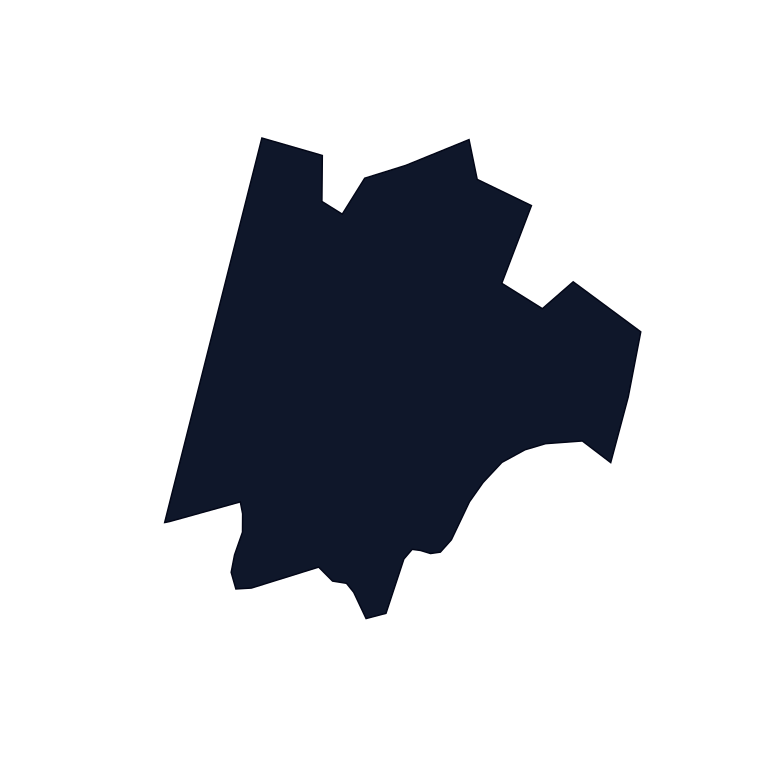 map outline of Vainodes (Equal Earth projection), rotated 122°
{"feature_id": "LVA-5713", "entity_name": "Vainodes", "entity_type": "Municipality", "adm_level": 1, "iso_a3": "LVA", "parent_name": "Latvia", "parent_adm1": "", "projection": "equal_earth", "projection_center": [21.86, 56.449], "detail": "fine", "context": "isolated", "style": "filled", "palette": "ink", "viewbox_px": 768, "rotation_deg": 122, "n_neighbors": 0, "source": "natural_earth", "source_scale": "10m", "svg_char_len": 711}
<svg xmlns="http://www.w3.org/2000/svg" viewBox="0 0 768 768"><g transform="rotate(122 384 384)"><path d="M590.4,505.4L240.1,617.9L222.9,557.4L262.1,533.4L262.1,509.4L219.7,509.4L187.1,481.4L131.7,441.4L161.1,413.4L154.6,353.5L236.2,337.5L236.2,289.6L197.1,277.7L203.7,193.9L265.6,170.0L330.5,150.1L327.2,185.6L349.0,215.4L365.1,229.6L388.0,242.5L415.1,247.8L438.6,249.1L480.4,244.3L496.7,247.1L503.1,254.7L505.8,264.8L509.3,272.5L521.9,274.4L577.4,260.8L592.4,274.9L576.7,299.3L572.9,310.2L578.4,323.2L573.9,342.4L627.3,388.3L636.3,401.0L624.7,413.8L608.1,420.2L584.6,425.5L569.0,435.1L560.1,443.4L614.1,492.8L617.0,495.8L617.7,496.6L590.4,505.4Z" fill="#0f172a" stroke="#020617" stroke-width="1.5"/></g></svg>